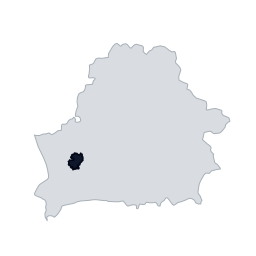 Slonim, Grodno, Belarus shown in context, rotated 352°
{"feature_id": "67162791B56929358145249", "entity_name": "Slonim", "entity_type": "district", "adm_level": 2, "iso_a3": "BLR", "parent_name": "Belarus", "parent_adm1": "Grodno", "projection": "albers", "projection_center": [25.224, 53.068], "detail": "fine", "context": "in_parent", "style": "filled", "palette": "ink", "viewbox_px": 256, "rotation_deg": 352, "n_neighbors": 0, "source": "geoboundaries", "source_scale": "gbopen_adm2", "svg_char_len": 6697}
<svg xmlns="http://www.w3.org/2000/svg" viewBox="0 0 256 256"><g transform="rotate(352 128 128)"><path d="M213.8,181.4L209.7,181.5L204.7,182.1L202.1,184.2L199.0,183.5L196.9,184.8L192.4,190.6L190.7,193.6L189.2,198.2L188.3,201.6L189.1,203.8L190.2,205.9L190.6,208.2L191.2,209.9L190.0,211.4L189.5,213.3L187.3,213.1L184.6,211.5L183.9,208.9L181.8,207.2L180.4,206.3L178.2,206.3L174.9,207.4L170.4,208.4L167.0,208.8L165.2,209.8L162.6,210.9L161.4,209.9L159.8,207.0L158.3,204.1L157.4,202.8L156.7,202.5L155.7,202.6L154.7,203.6L154.0,204.6L151.2,205.9L150.0,207.0L148.8,209.8L147.9,209.6L146.9,209.1L145.7,206.1L144.2,205.4L141.8,205.5L138.8,205.0L136.4,204.1L135.5,204.4L134.2,205.8L132.6,206.0L129.2,205.0L128.6,205.5L126.8,209.0L125.9,209.2L125.3,208.8L125.5,205.8L123.5,204.8L120.2,204.8L117.9,205.3L116.8,205.2L116.2,204.6L113.2,199.8L111.7,199.5L109.0,199.8L105.1,199.3L100.5,198.3L98.0,197.9L96.7,196.9L93.9,196.5L86.3,194.5L83.2,194.2L78.7,194.2L71.8,193.7L67.4,194.0L65.4,194.7L63.0,195.1L54.9,195.6L51.9,196.1L51.1,197.2L50.1,199.4L46.6,203.3L43.3,205.8L42.7,206.1L40.8,204.6L39.2,204.1L37.3,203.9L36.0,204.4L35.1,205.0L35.2,208.0L35.0,208.3L33.6,204.7L33.8,201.4L34.7,199.6L35.7,197.9L35.3,195.4L36.4,192.1L36.5,189.7L36.1,188.7L35.3,187.4L33.2,186.1L32.3,185.0L29.5,183.5L26.7,181.7L26.2,180.7L26.4,180.0L26.9,178.9L29.2,175.7L31.6,172.6L33.1,171.4L41.1,167.6L42.3,166.2L42.7,163.8L42.6,159.0L42.2,154.6L41.7,151.6L40.3,145.9L36.5,134.2L34.4,122.0L36.0,122.7L39.6,123.1L42.5,122.3L44.1,122.2L45.4,122.5L49.2,121.9L50.2,123.0L51.9,124.0L55.3,122.6L58.3,120.9L61.3,121.1L61.8,120.3L62.6,116.0L63.5,115.1L67.2,115.5L68.5,114.7L70.0,112.6L72.1,111.3L73.9,111.3L75.8,109.8L76.8,110.8L77.2,112.6L76.6,114.0L76.9,114.6L78.2,115.3L80.4,115.2L81.9,114.6L82.2,113.8L82.2,112.3L81.8,111.0L80.9,109.8L79.1,109.2L77.8,109.2L77.6,108.4L78.0,106.8L79.1,103.8L80.4,101.1L81.2,100.1L81.4,99.2L81.2,97.6L81.2,94.7L82.3,90.5L83.9,87.5L86.1,86.4L88.7,85.9L90.3,84.4L91.2,82.7L91.8,80.1L92.7,79.5L99.0,79.7L99.9,77.1L100.4,76.3L101.6,75.5L102.4,74.6L102.1,73.9L100.5,73.4L96.7,73.1L95.9,72.2L96.1,71.2L97.1,68.5L98.0,64.9L98.4,62.2L98.4,60.6L99.0,60.2L102.0,59.6L103.0,59.0L105.6,55.3L107.5,54.6L112.7,55.4L115.1,55.3L118.1,55.4L118.3,55.1L119.2,51.4L124.1,45.3L126.7,43.2L128.4,42.7L129.0,42.8L131.9,45.8L132.5,45.9L134.2,44.5L137.4,44.2L138.9,45.2L141.1,48.9L142.2,49.3L145.2,47.0L146.8,46.3L147.9,46.2L153.8,48.8L154.3,49.7L154.4,50.8L153.7,54.3L155.0,56.4L156.5,57.7L159.3,55.2L160.3,54.5L161.5,54.4L163.1,53.4L164.2,52.0L165.2,51.5L167.4,51.6L171.2,51.1L175.8,52.8L176.2,53.4L178.6,55.7L179.5,56.8L180.2,57.2L181.5,58.3L183.2,58.9L184.2,58.6L184.8,58.9L185.4,59.8L185.5,61.4L185.7,65.9L184.3,68.5L184.2,69.3L184.3,70.3L185.8,72.2L187.7,75.1L188.2,76.8L188.3,78.1L186.3,82.2L185.7,83.2L185.3,85.1L185.2,87.1L185.4,87.9L189.4,90.7L192.4,92.2L193.1,92.9L193.2,93.4L192.0,96.9L191.9,97.8L194.3,99.0L195.7,101.1L197.1,104.5L199.6,107.7L208.1,112.0L208.9,112.8L209.2,113.8L209.2,116.2L208.1,120.8L209.6,121.3L213.1,120.8L217.6,120.9L223.1,123.5L223.3,124.9L222.8,126.3L223.3,127.6L224.0,128.7L229.0,131.7L229.5,132.7L229.8,134.4L229.8,135.6L228.5,136.0L227.2,136.7L225.0,138.5L224.3,140.7L220.9,144.0L218.7,145.5L216.9,145.7L212.4,145.6L210.7,144.3L210.0,143.0L208.3,142.6L206.0,142.7L202.9,143.2L202.4,143.7L202.0,145.3L200.9,148.2L200.1,149.9L204.5,155.0L206.7,157.1L207.4,158.4L207.5,159.4L206.7,160.7L207.0,163.0L209.2,165.9L208.6,166.4L208.7,170.2L209.1,174.3L209.7,175.2L210.9,175.9L211.9,177.3L213.7,180.5L213.8,181.4Z" fill="#d9dde1" stroke="#a8b0b8" stroke-width="1"/><path d="M69.1,146.5L68.8,146.7L68.6,146.9L68.5,147.1L68.5,147.3L68.4,147.4L68.3,147.6L68.2,147.8L68.2,148.0L68.4,148.2L68.3,148.4L68.1,148.5L67.9,148.5L67.6,148.6L67.4,148.7L67.2,148.9L67.2,149.1L67.4,149.3L67.4,149.5L67.6,149.9L67.9,149.9L68.0,149.9L67.9,150.2L68.1,150.3L68.3,150.3L68.6,150.4L68.8,150.4L69.0,150.4L69.1,150.5L69.3,150.5L69.5,150.5L69.8,150.7L69.9,150.8L69.9,151.0L70.0,151.2L70.0,151.4L70.0,151.5L69.8,151.7L69.6,151.7L69.5,152.0L69.5,152.4L69.2,152.4L68.9,152.3L68.6,152.3L68.3,152.3L68.2,152.1L68.1,151.9L67.7,151.9L67.5,152.0L67.1,152.0L66.8,152.0L66.6,152.0L66.2,151.8L66.0,151.7L65.7,151.6L65.6,151.8L65.7,152.0L65.4,152.2L65.3,152.3L65.2,152.3L64.9,152.5L65.0,152.7L65.1,152.8L65.1,153.0L64.9,153.1L64.7,152.9L64.4,153.0L64.6,153.4L64.7,153.5L64.8,153.7L64.9,153.9L64.9,154.0L64.7,154.1L64.4,154.3L64.4,154.6L64.5,154.7L64.6,154.8L64.6,155.1L64.4,155.2L64.2,155.4L64.1,155.6L64.0,155.9L64.1,156.1L64.2,156.3L64.4,156.5L64.5,156.7L64.5,157.2L64.5,157.5L64.5,157.4L64.8,157.2L65.0,157.2L65.3,157.3L65.6,157.4L65.8,157.7L65.8,158.0L65.8,158.3L65.7,158.7L65.7,158.8L66.0,159.1L66.2,159.3L66.3,159.6L66.5,159.8L66.8,159.8L67.0,159.7L67.2,159.2L67.2,158.9L67.2,158.7L67.6,158.5L67.9,158.7L67.9,159.1L67.8,159.4L67.7,159.7L67.6,159.8L67.6,160.1L67.8,160.4L67.8,160.5L67.9,160.8L67.7,161.0L67.6,161.4L67.8,161.4L68.0,161.3L68.2,161.2L68.3,161.1L68.5,161.3L68.5,161.5L68.9,161.4L68.9,161.2L69.1,161.0L69.2,160.9L69.3,160.7L69.6,160.6L69.9,160.6L69.9,160.9L69.9,161.2L70.4,161.4L70.7,161.4L70.9,161.3L70.9,161.1L70.9,160.8L71.2,160.5L71.5,160.2L71.8,160.0L72.1,159.9L72.3,160.0L72.5,160.2L72.5,160.4L72.4,160.6L72.3,160.8L72.2,161.1L72.6,161.3L72.9,161.5L73.4,161.5L73.7,161.3L73.8,161.1L73.9,160.9L73.9,160.6L73.8,160.4L73.7,160.3L73.4,160.4L73.2,160.4L73.1,160.0L73.1,159.8L73.1,159.5L73.1,159.3L73.3,159.3L73.5,159.2L73.4,159.0L73.4,158.8L73.2,158.6L73.1,158.4L72.9,158.2L72.9,157.8L73.2,157.8L73.5,157.9L73.8,157.9L74.1,158.0L74.5,157.9L74.8,157.9L75.2,157.7L75.3,157.5L75.3,157.2L75.3,156.9L75.2,156.6L75.5,156.5L75.7,156.4L75.7,156.2L75.8,156.0L75.8,155.8L76.1,155.6L76.4,155.5L76.7,155.4L77.1,155.2L77.4,155.0L77.5,154.8L77.7,154.5L77.8,154.2L78.0,154.1L78.3,154.1L78.6,154.0L78.8,153.8L78.9,153.4L78.9,153.1L78.8,152.7L78.8,152.4L79.0,151.9L79.2,151.7L79.2,151.0L79.1,150.8L79.1,150.6L79.1,150.4L79.1,150.2L79.1,149.8L78.9,149.7L78.5,149.4L78.4,149.2L78.5,148.8L78.6,148.6L78.7,148.4L78.9,148.3L78.9,148.1L78.8,147.9L78.8,147.5L78.5,147.4L78.3,147.3L78.1,147.2L77.9,146.8L77.8,146.6L77.7,146.4L77.5,146.5L77.3,146.7L77.2,146.9L77.2,147.1L77.1,147.4L76.9,147.4L76.8,147.6L76.7,147.7L76.5,147.8L76.3,147.8L76.1,147.9L76.0,148.0L75.9,148.1L75.6,148.1L75.3,147.9L75.2,147.8L75.1,147.6L75.1,147.4L74.8,147.2L74.5,147.2L74.4,147.2L74.2,147.0L74.1,146.8L74.1,146.6L74.1,146.4L74.0,146.2L73.8,146.0L73.4,146.0L72.9,146.0L72.7,146.0L72.4,145.8L72.4,145.6L72.2,145.5L71.9,145.4L71.6,145.4L71.4,145.5L71.2,146.0L70.9,146.1L70.7,146.2L70.8,146.4L70.8,146.6L70.6,146.7L70.4,146.7L70.4,146.9L70.2,147.0L70.0,146.9L69.8,146.7L69.6,146.7L69.3,146.7L69.2,146.6L69.1,146.5Z" fill="#0f172a" stroke="#020617" stroke-width="1.5"/></g></svg>